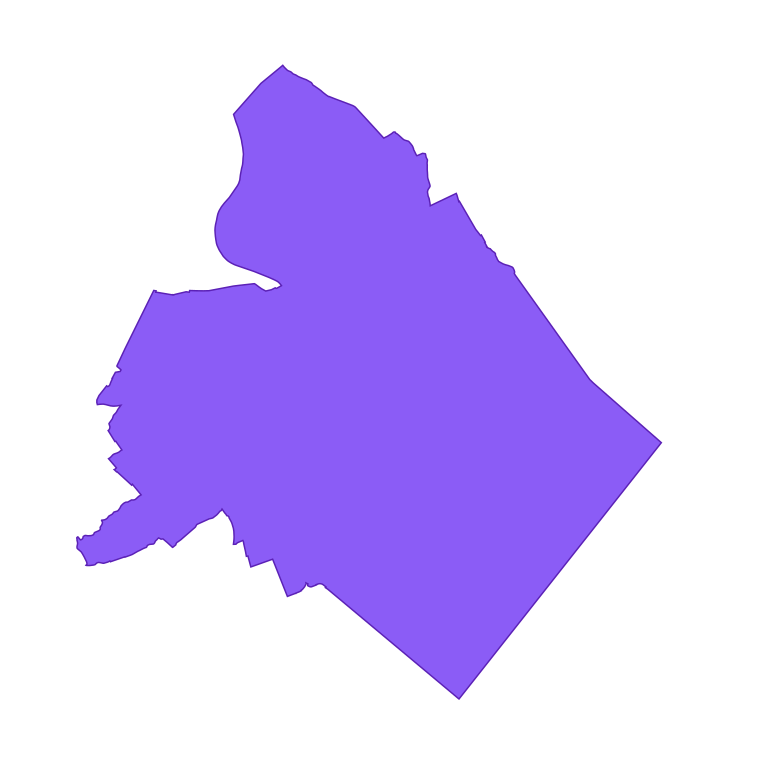 outline of Katwijk, Zuid-Holland, Netherlands, rotated 188°
{"feature_id": "6326949B10451218555657", "entity_name": "Katwijk", "entity_type": "district", "adm_level": 2, "iso_a3": "NLD", "parent_name": "Netherlands", "parent_adm1": "Zuid-Holland", "projection": "albers", "projection_center": [4.44, 52.19], "detail": "fine", "context": "isolated", "style": "filled", "palette": "violet", "viewbox_px": 768, "rotation_deg": 188, "n_neighbors": 0, "source": "geoboundaries", "source_scale": "gbopen_adm2", "svg_char_len": 6134}
<svg xmlns="http://www.w3.org/2000/svg" viewBox="0 0 768 768"><g transform="rotate(188 384 384)"><path d="M528.6,685.5L531.0,682.8L547.7,664.6L570.5,630.1L567.2,623.2L564.3,617.8L562.8,614.5L561.5,611.5L559.1,605.7L558.1,602.4L557.2,599.7L556.7,598.1L555.7,594.1L555.2,592.1L555.1,590.6L555.0,587.9L554.7,584.6L554.6,581.6L554.7,580.3L555.0,577.8L555.3,571.1L555.2,565.9L555.8,562.5L556.3,561.1L556.8,559.8L559.1,555.2L563.1,547.2L567.3,540.9L569.6,536.9L571.2,533.1L571.7,531.5L572.0,530.1L572.2,529.3L572.5,525.8L572.6,522.8L573.0,518.3L573.0,515.4L572.8,512.8L572.5,511.3L572.2,509.8L571.5,506.7L570.6,503.5L569.4,499.8L568.5,497.9L566.4,494.6L565.4,493.2L561.4,488.6L560.8,487.9L557.0,485.0L555.4,484.0L553.9,483.3L552.0,482.5L548.8,481.4L547.1,481.0L528.5,477.4L513.4,473.7L507.1,471.9L504.5,471.0L503.3,470.5L502.1,469.7L500.7,468.6L499.2,467.1L503.2,464.1L503.7,463.8L504.3,463.7L505.1,464.1L508.6,461.7L514.1,459.6L518.5,461.3L521.3,462.7L525.2,464.9L526.4,465.3L541.2,461.5L546.8,460.0L570.4,452.0L575.8,451.1L582.9,450.2L589.5,449.5L589.5,448.2L589.6,447.8L592.3,447.8L593.0,447.7L603.6,443.6L604.4,443.1L605.4,443.1L605.4,442.8L620.8,443.2L622.8,443.1L622.6,444.5L625.0,444.6L645.3,383.2L651.0,364.8L650.8,364.2L646.9,361.8L646.9,361.6L646.4,361.3L647.0,359.7L651.6,358.2L654.0,351.9L653.6,351.9L654.8,347.8L655.4,345.0L655.8,344.3L656.4,343.5L657.3,343.0L658.4,343.6L664.6,333.0L666.1,328.2L665.8,325.7L665.0,323.7L662.5,324.4L659.3,325.0L656.8,324.9L651.6,324.3L648.9,324.4L647.3,324.7L645.5,325.1L641.6,326.3L643.7,322.4L644.0,321.8L644.9,319.3L645.4,318.3L647.4,315.5L647.6,315.0L648.1,312.1L648.4,311.3L650.8,306.7L650.8,306.3L649.4,303.4L649.5,301.5L649.8,300.6L650.2,300.0L650.7,299.5L642.5,289.6L641.7,290.0L634.4,282.2L635.2,281.6L637.1,279.6L638.6,278.6L641.4,277.2L642.1,276.7L642.7,276.1L644.2,273.9L645.2,272.7L646.4,271.7L637.3,263.7L638.6,262.1L639.3,261.7L636.5,259.7L636.1,259.9L635.8,259.7L619.8,248.7L619.2,249.7L609.1,240.4L611.3,238.6L613.9,235.4L614.6,234.8L616.2,234.2L617.7,234.1L618.1,233.9L621.3,231.4L623.0,231.1L623.6,230.8L624.9,229.9L626.1,228.6L627.4,226.8L628.1,224.8L628.4,224.0L629.4,222.2L629.9,221.5L630.1,221.2L633.6,219.6L633.9,219.2L634.7,217.7L635.2,217.1L638.1,214.9L639.5,212.4L640.0,211.9L641.5,210.8L643.2,210.2L644.6,209.9L644.7,209.7L644.6,209.4L643.8,208.4L643.6,207.9L643.5,207.1L643.7,205.8L644.0,205.0L645.1,202.7L645.1,202.2L644.8,201.1L644.8,200.4L645.0,200.1L645.9,199.1L649.7,196.8L650.1,196.4L650.7,194.4L652.2,193.4L653.4,193.0L656.1,192.5L658.5,192.5L659.2,192.3L660.6,191.2L660.8,189.5L661.0,188.8L661.9,187.9L662.7,187.4L663.1,187.6L665.7,189.9L665.9,190.0L666.5,189.5L666.8,189.1L666.8,188.7L666.4,187.7L666.3,186.6L665.5,184.6L665.3,183.8L665.2,182.9L665.4,180.5L665.2,179.1L665.0,178.6L664.3,178.0L660.6,175.7L659.0,173.9L656.8,171.0L653.7,166.4L653.5,165.8L653.3,165.3L653.1,164.4L653.2,164.1L653.9,163.0L653.5,162.9L651.3,163.1L649.7,163.4L646.4,164.3L645.2,164.8L644.9,165.0L643.6,166.7L642.6,167.3L641.7,167.6L640.4,167.6L637.1,167.4L636.3,167.6L633.2,169.0L632.4,169.4L630.8,170.6L630.2,169.9L616.6,176.8L616.4,176.5L611.6,179.0L609.5,180.2L605.8,183.1L604.2,184.3L602.9,185.1L599.7,187.4L597.9,188.5L596.8,189.0L596.6,189.2L596.2,189.8L596.0,190.8L595.8,191.2L594.9,191.9L593.9,192.5L590.2,193.4L590.0,193.5L589.5,194.0L589.0,194.9L588.7,195.9L588.7,196.3L588.3,196.9L587.3,198.1L586.1,199.9L585.7,200.2L583.2,199.3L581.4,199.8L581.1,199.7L576.5,196.8L571.0,193.0L570.8,192.8L570.5,192.8L567.8,195.7L567.7,196.6L567.5,197.4L566.9,198.4L566.0,199.1L563.4,201.6L559.6,206.0L551.4,215.4L550.8,216.2L550.1,218.2L549.7,218.9L540.9,224.5L538.4,226.1L535.8,227.1L534.8,227.6L531.4,231.1L530.0,233.1L529.0,234.8L528.7,235.2L527.6,236.0L527.0,237.6L523.7,234.1L522.5,233.1L521.3,231.7L520.7,231.7L520.2,231.6L519.7,231.4L519.3,231.1L519.0,230.6L518.8,229.9L516.1,226.3L515.1,224.6L513.1,220.2L512.2,217.3L511.2,211.9L511.0,210.0L510.9,208.7L510.8,204.3L508.3,204.7L508.1,205.2L506.9,206.5L502.0,209.4L501.3,208.3L500.4,205.6L497.8,198.7L496.3,194.2L494.8,194.7L490.4,184.3L469.9,195.0L450.1,160.2L443.0,164.1L442.3,164.3L442.4,164.5L439.0,166.4L437.1,167.8L437.3,168.2L436.3,169.1L435.6,170.1L434.9,171.3L434.3,172.3L433.9,173.6L433.5,174.7L433.4,175.5L433.3,175.9L433.4,176.1L431.5,175.5L431.7,174.5L431.6,174.1L431.5,173.7L431.3,173.6L429.6,173.0L428.5,172.9L427.5,173.1L423.0,175.6L423.2,175.9L420.8,177.1L420.0,177.3L418.9,177.4L417.7,177.3L416.9,177.0L416.2,176.7L413.2,174.9L413.7,174.2L411.2,173.0L265.9,82.5L101.2,364.5L176.8,414.1L180.9,417.1L269.2,510.1L270.3,511.5L270.4,511.9L270.2,512.6L270.3,513.4L270.7,514.3L271.3,515.4L272.5,517.1L273.5,517.7L277.2,518.6L280.4,519.0L282.7,519.5L285.5,520.5L286.9,521.1L287.4,521.2L289.2,523.3L289.6,524.2L291.5,526.9L291.8,528.5L292.4,529.2L293.0,529.7L294.2,530.2L294.9,530.6L296.2,531.5L297.6,532.7L299.0,532.9L299.9,533.3L300.7,533.4L301.3,533.8L301.5,534.1L301.1,534.3L304.0,538.2L303.5,538.6L308.3,545.1L309.0,544.4L314.7,549.9L334.8,575.5L335.3,575.0L338.0,581.1L339.0,582.8L363.0,566.9L363.6,569.4L364.3,571.4L365.2,574.1L366.3,576.0L366.6,576.7L367.7,580.2L367.6,581.5L367.5,582.3L367.0,583.6L366.3,584.9L365.9,586.3L366.0,586.6L366.1,587.1L366.6,588.3L369.1,593.5L369.6,595.0L369.9,596.8L370.4,599.4L371.0,602.1L371.3,604.4L371.5,605.7L371.6,606.8L372.0,608.3L372.1,609.3L372.1,611.2L372.2,612.0L373.0,613.2L373.8,614.3L374.9,617.5L375.1,617.7L375.3,617.8L377.9,617.8L382.5,615.0L383.3,614.7L384.0,615.4L384.5,616.2L387.3,620.3L387.5,621.1L388.6,623.1L389.2,623.9L390.8,625.5L393.2,627.6L393.6,627.8L397.6,628.4L398.4,628.7L399.6,629.4L403.4,632.0L404.8,632.9L406.0,633.6L407.3,634.0L407.5,634.2L407.7,634.8L408.0,635.0L409.0,635.0L409.8,634.7L410.8,633.5L411.5,632.8L415.3,629.6L416.8,628.7L417.5,628.1L418.5,627.5L432.4,639.0L450.7,654.0L451.5,654.5L452.7,655.0L453.8,655.4L472.4,659.6L478.6,661.1L478.9,660.9L481.1,662.0L484.8,664.1L487.5,665.9L494.3,669.4L495.7,669.9L497.6,672.1L498.2,672.5L503.3,674.5L506.6,675.2L510.5,676.2L512.1,676.7L514.2,677.7L517.1,678.4L519.4,680.0L520.2,680.3L522.6,680.9L523.6,681.4L526.8,683.8L528.6,685.5Z" fill="#8b5cf6" stroke="#5b21b6" stroke-width="1.5"/></g></svg>